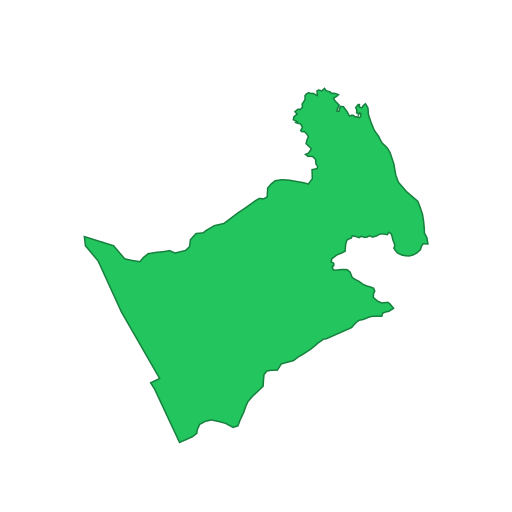 Jasin, Melaka, Malaysia (orthographic projection), rotated 226°
{"feature_id": "92858781B12493975333595", "entity_name": "Jasin", "entity_type": "district", "adm_level": 2, "iso_a3": "MYS", "parent_name": "Malaysia", "parent_adm1": "Melaka", "projection": "orthographic", "projection_center": [102.436, 2.295], "detail": "fine", "context": "isolated", "style": "filled", "palette": "green", "viewbox_px": 512, "rotation_deg": 226, "n_neighbors": 0, "source": "geoboundaries", "source_scale": "gbopen_adm2", "svg_char_len": 3475}
<svg xmlns="http://www.w3.org/2000/svg" viewBox="0 0 512 512"><g transform="rotate(226 256 256)"><path d="M175.0,71.5L170.1,84.8L169.6,90.3L171.8,93.0L174.0,98.5L172.3,104.6L169.0,110.1L162.4,114.5L156.9,117.8L148.6,120.5L146.4,125.0L149.2,131.0L151.9,138.2L155.2,144.8L156.9,149.2L157.5,155.8L157.4,164.6L157.4,170.7L161.9,175.6L165.2,179.5L165.7,183.9L163.5,187.2L159.1,192.1L160.8,199.3L154.7,210.3L154.1,215.8L152.5,222.4L150.8,231.8L150.3,240.0L149.2,247.2L147.7,248.9L138.1,275.1L138.4,278.2L138.6,282.3L138.1,285.5L135.7,289.3L133.6,294.7L132.1,297.4L130.0,299.7L128.2,301.7L125.3,304.6L126.9,307.6L125.7,310.3L123.9,313.2L122.8,318.6L128.9,319.1L131.1,318.6L134.8,313.9L139.0,312.1L141.7,311.9L144.7,311.6L147.2,314.3L148.3,317.1L151.2,318.2L154.6,316.6L158.0,314.6L161.8,313.2L166.1,312.5L170.4,311.0L173.6,310.3L176.0,311.2L179.0,312.5L182.8,312.1L185.7,309.4L188.0,306.7L190.0,304.0L192.1,301.9L195.4,303.3L195.0,305.3L196.8,306.9L199.5,306.0L201.3,308.5L200.6,315.0L198.8,319.3L197.5,323.4L200.0,326.1L202.2,328.8L204.2,332.2L203.8,334.6L202.7,336.7L203.6,339.4L200.6,341.4L197.5,343.0L197.2,345.3L193.9,347.1L192.3,349.3L191.8,351.6L188.7,352.9L186.6,356.8L186.0,359.7L183.9,362.6L181.9,364.0L180.1,365.3L180.8,368.0L178.3,368.7L175.4,367.4L172.9,365.8L169.5,364.4L167.0,363.1L165.9,360.6L163.2,360.1L160.0,359.9L157.3,360.8L155.1,361.7L151.7,364.2L149.4,366.5L147.6,369.8L146.5,373.7L146.3,378.6L148.1,381.8L148.7,384.5L147.4,385.9L145.6,387.9L144.7,387.7L150.6,391.7L155.5,393.1L159.4,396.6L164.7,400.8L170.3,404.7L177.0,407.9L183.0,410.4L190.1,409.7L197.8,409.0L203.5,409.3L210.2,409.7L217.2,412.8L226.6,419.2L237.1,424.2L239.4,424.8L242.3,425.4L244.3,425.5L246.8,425.4L249.7,425.2L253.9,426.3L256.6,427.3L259.2,427.7L262.7,428.1L265.6,428.9L272.5,431.7L279.6,435.1L284.8,439.4L289.4,440.5L289.5,440.5L289.7,437.5L289.1,435.5L289.7,434.6L291.7,433.9L293.0,435.6L293.6,435.3L294.0,434.2L293.6,432.0L293.6,430.9L292.3,430.4L290.7,429.7L289.1,427.8L287.6,428.6L286.3,427.6L286.9,429.9L285.6,430.4L283.6,428.0L283.7,426.5L286.2,425.1L287.2,423.9L289.4,423.7L290.8,422.8L291.3,420.9L292.4,420.6L297.4,422.0L298.5,422.0L302.6,422.6L304.9,420.8L304.2,418.8L302.4,416.1L304.2,414.7L305.3,416.8L306.7,420.6L312.5,420.6L315.7,421.3L314.8,425.1L314.8,427.4L318.8,425.3L320.4,423.3L322.7,423.3L324.5,422.2L326.3,421.3L329.0,421.7L329.0,421.1L329.0,418.1L331.9,416.3L332.4,414.5L328.8,411.6L330.3,410.9L332.8,410.4L335.1,408.2L336.9,407.3L337.6,404.8L337.3,402.6L334.6,400.1L334.2,398.9L333.3,395.1L333.3,394.7L330.8,392.9L330.6,389.5L332.4,388.3L332.8,384.3L329.4,384.1L329.9,380.2L328.1,377.5L324.0,378.9L324.3,377.3L322.2,378.4L320.2,379.8L316.4,378.9L315.2,375.3L313.7,375.3L311.6,377.3L307.1,377.1L305.5,376.6L304.2,373.5L302.1,370.1L296.7,370.3L294.9,370.3L294.2,368.9L293.6,364.9L294.7,362.2L291.5,362.6L288.4,365.8L284.3,366.0L282.5,364.7L280.7,363.1L277.6,362.6L276.4,360.6L279.2,356.3L272.5,350.2L271.4,343.6L275.3,341.4L285.2,334.2L287.4,332.6L292.9,327.6L296.8,322.1L297.3,317.2L296.8,311.6L290.7,305.0L291.8,301.2L295.1,298.4L296.2,294.0L297.3,286.3L298.4,279.2L299.5,273.6L301.7,255.5L306.7,247.2L308.9,238.4L309.4,234.0L313.8,228.5L313.3,220.2L308.9,214.7L308.9,209.2L314.4,199.8L319.9,197.6L323.2,192.7L327.6,187.2L332.6,180.0L333.1,174.0L332.6,168.5L339.2,163.5L345.2,159.6L355.1,160.2L362.3,160.7L389.2,146.0L381.8,140.4L362.1,139.0L309.2,120.3L234.8,101.6L238.0,92.1L231.0,90.7L175.0,71.5Z" fill="#22c55e" stroke="#15803d" stroke-width="1.5"/></g></svg>